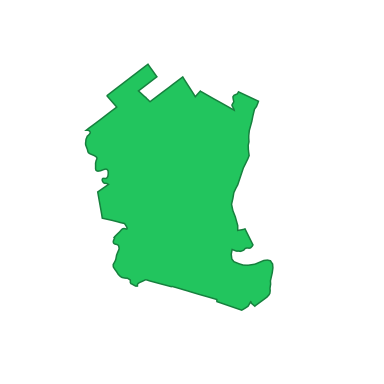 the district of Suraia, Vrancea, Romania, rotated 49°
{"feature_id": "2599482B76936069703024", "entity_name": "Suraia", "entity_type": "district", "adm_level": 2, "iso_a3": "ROU", "parent_name": "Romania", "parent_adm1": "Vrancea", "projection": "equal_earth", "projection_center": [27.376, 45.674], "detail": "fine", "context": "isolated", "style": "filled", "palette": "green", "viewbox_px": 384, "rotation_deg": 49, "n_neighbors": 0, "source": "geoboundaries", "source_scale": "gbopen_adm2", "svg_char_len": 4105}
<svg xmlns="http://www.w3.org/2000/svg" viewBox="0 0 384 384"><g transform="rotate(49 192 192)"><path d="M319.4,219.5L319.3,219.1L319.4,218.0L319.8,213.2L320.1,209.7L320.5,204.3L320.1,201.3L319.8,200.5L319.5,199.7L317.8,197.8L315.8,196.3L313.2,193.2L310.5,191.1L305.5,184.3L302.3,180.7L299.2,178.4L297.2,178.2L295.4,177.9L292.9,179.7L290.8,182.7L287.8,191.8L284.1,197.7L280.9,201.2L279.1,202.3L277.2,203.5L272.1,206.1L268.7,205.9L264.7,203.2L261.7,199.4L265.5,197.4L266.1,196.9L266.6,196.3L267.0,195.7L267.4,195.4L268.5,194.5L268.9,193.7L269.4,192.3L269.7,191.4L269.8,190.8L269.7,190.2L269.6,189.7L269.5,189.2L269.7,188.5L269.9,188.0L270.2,187.4L270.8,186.7L271.6,186.0L272.2,185.3L272.6,184.4L272.4,182.1L271.9,180.7L254.6,176.2L254.2,177.3L253.6,178.4L253.0,179.5L252.0,181.1L251.0,182.7L247.3,179.5L239.1,175.6L232.9,173.4L227.2,170.2L223.6,165.3L219.9,160.8L217.9,156.3L216.6,152.8L213.4,147.4L207.5,137.4L205.9,133.5L204.4,130.0L203.7,128.3L202.0,125.0L200.2,123.8L198.9,123.0L198.1,122.4L196.5,121.3L196.3,121.1L195.2,120.2L193.8,119.1L193.5,118.8L191.5,116.1L188.4,113.7L186.5,112.0L183.1,108.3L178.0,100.6L174.5,96.1L170.5,90.5L169.8,87.3L168.1,84.0L167.1,82.3L146.9,91.2L147.2,92.0L147.5,92.9L147.6,93.3L147.6,93.7L146.6,96.7L146.8,97.7L147.0,98.6L147.9,99.3L149.4,100.2L150.3,100.7L151.0,101.0L151.3,101.3L151.5,101.7L151.7,102.3L151.8,102.6L152.4,104.5L153.0,105.1L153.9,105.3L155.6,105.7L157.3,106.1L158.0,106.5L145.1,111.1L135.5,114.6L122.9,119.0L121.8,119.5L121.3,119.5L122.2,127.0L118.0,126.3L113.8,125.7L108.1,124.9L102.1,124.0L99.1,123.5L98.2,136.2L98.0,140.4L97.4,148.0L96.9,155.5L96.3,164.4L95.7,164.5L95.1,164.6L94.2,164.6L92.5,164.8L91.5,164.9L91.1,164.9L90.8,164.9L90.6,164.8L90.3,164.8L90.1,164.9L89.8,165.0L89.2,165.1L87.9,165.3L83.1,165.8L80.6,166.1L82.0,142.9L81.7,142.9L80.6,142.8L80.0,142.7L78.7,142.6L78.1,142.5L77.9,142.5L72.8,142.0L72.4,142.0L70.2,141.8L67.4,141.5L66.7,141.4L66.7,141.5L66.6,142.6L65.9,153.2L65.8,155.3L65.2,164.6L65.2,165.3L64.9,169.4L64.6,174.6L64.1,182.4L63.8,187.5L63.5,192.7L63.9,193.1L66.6,193.1L75.6,193.1L78.5,193.1L78.5,193.7L78.1,199.3L77.9,202.5L77.6,207.5L77.4,211.4L76.6,222.6L76.1,228.5L76.1,229.6L76.0,231.3L76.9,230.3L77.8,229.7L78.4,229.4L78.9,229.3L79.4,229.4L80.2,229.7L80.6,230.0L80.9,230.8L81.1,231.8L81.2,232.8L81.2,234.5L81.8,235.6L82.3,236.6L82.4,236.9L83.1,237.9L83.3,238.1L84.5,239.3L85.2,240.2L86.6,241.3L88.9,242.2L91.2,243.0L93.1,244.0L94.3,244.4L95.7,244.1L96.9,243.6L98.3,242.9L100.6,241.8L101.7,241.5L103.0,241.2L103.9,241.4L104.4,241.9L105.0,242.8L105.3,243.6L107.0,245.9L109.0,247.6L111.3,249.6L112.6,250.2L114.0,249.8L114.8,249.0L116.0,247.0L117.1,244.0L117.7,242.7L118.3,241.9L119.0,241.4L119.8,241.3L120.8,241.4L121.7,242.0L123.1,243.1L124.3,244.4L125.0,245.3L125.4,246.5L125.5,247.5L125.2,248.2L124.3,249.2L123.5,250.0L123.3,250.3L123.3,250.9L123.7,251.6L124.3,252.1L124.9,252.4L126.7,252.7L127.6,252.5L128.1,252.3L128.9,251.3L130.0,250.5L131.5,250.1L130.1,263.1L132.7,264.7L149.4,274.7L152.9,276.9L161.0,270.9L166.1,267.4L168.0,266.2L170.7,264.2L171.5,263.6L174.5,264.0L176.0,264.4L176.7,264.6L177.2,265.5L176.7,266.0L175.6,266.7L174.9,267.3L174.2,268.7L174.2,270.1L174.6,272.6L174.7,275.2L174.9,278.4L175.0,279.5L175.2,280.7L175.9,280.6L176.4,281.6L177.2,283.2L177.7,283.9L178.4,284.4L179.2,284.7L180.3,284.5L181.1,284.1L182.1,283.3L182.6,283.0L183.4,282.7L184.4,282.7L185.6,283.3L186.8,284.0L187.6,285.2L188.4,286.9L189.0,288.1L190.2,290.4L191.1,291.5L192.4,293.1L193.4,294.7L194.2,296.7L195.0,299.0L196.3,300.1L197.2,300.6L200.1,301.0L202.7,301.2L205.8,301.7L208.7,301.5L210.6,300.9L213.2,298.9L214.7,297.3L217.9,296.3L218.6,296.8L219.8,297.9L221.0,298.2L222.4,297.6L224.7,296.8L226.1,296.2L227.2,294.9L225.9,293.7L225.7,292.9L225.9,291.0L226.9,287.8L227.7,284.8L228.7,283.8L231.1,282.4L233.2,281.0L239.6,276.7L246.5,272.0L249.9,269.7L250.3,268.9L253.9,266.5L258.3,263.7L273.5,254.1L281.9,248.6L289.4,243.8L291.1,245.1L313.8,232.0L314.5,228.4L315.0,224.7L313.8,221.1L313.3,219.7L313.7,219.6L314.1,219.7L314.7,220.1L314.9,220.2L316.0,220.0L319.4,219.5Z" fill="#22c55e" stroke="#15803d" stroke-width="1.5"/></g></svg>